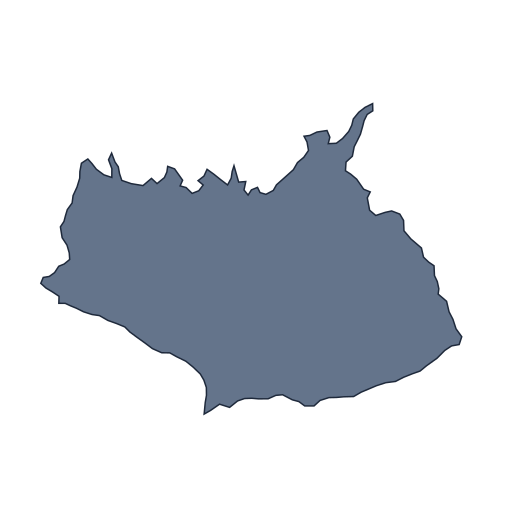 outline of Pardinho, São Paulo, Brazil, rotated 275°
{"feature_id": "56859067B89234648991539", "entity_name": "Pardinho", "entity_type": "district", "adm_level": 2, "iso_a3": "BRA", "parent_name": "Brazil", "parent_adm1": "São Paulo", "projection": "orthographic", "projection_center": [-48.387, -23.1], "detail": "fine", "context": "isolated", "style": "filled", "palette": "slate", "viewbox_px": 512, "rotation_deg": 275, "n_neighbors": 0, "source": "geoboundaries", "source_scale": "gbopen_adm2", "svg_char_len": 2319}
<svg xmlns="http://www.w3.org/2000/svg" viewBox="0 0 512 512"><g transform="rotate(275 256 256)"><path d="M333.2,74.0L324.8,73.2L318.1,73.6L309.1,71.7L300.2,68.5L292.8,68.2L285.8,64.0L279.6,62.7L273.7,61.7L268.0,58.6L257.3,61.3L250.3,66.8L242.8,69.7L236.3,70.7L231.3,65.6L228.6,60.4L221.9,56.8L217.6,51.8L216.1,45.9L210.0,44.0L205.8,49.5L202.5,56.3L198.7,63.3L191.7,63.7L192.2,70.1L190.2,75.6L188.4,81.4L185.4,89.0L183.4,97.8L183.0,105.2L178.9,114.1L176.6,122.9L173.9,131.5L169.2,137.1L164.5,144.8L159.4,153.4L154.7,160.9L151.4,170.5L152.0,178.5L148.8,185.6L145.1,195.2L140.1,202.7L133.6,210.8L127.8,214.9L120.7,218.0L112.9,218.8L105.6,218.2L94.0,218.1L98.2,224.2L105.2,232.6L102.9,242.9L110.0,250.3L113.0,257.0L113.9,264.1L113.9,270.6L114.8,280.5L118.9,287.9L120.1,294.6L115.9,304.7L114.7,311.4L110.9,317.6L111.7,326.9L117.7,332.4L121.3,341.0L122.1,348.4L123.4,355.8L124.5,365.5L129.5,372.6L133.2,379.6L137.3,387.3L141.1,396.3L143.2,405.9L148.0,413.5L152.3,422.0L155.7,429.5L161.6,435.5L169.9,445.2L178.4,452.3L183.5,458.7L185.5,466.1L193.5,468.0L200.9,461.6L210.1,457.7L217.2,453.2L227.5,449.8L233.9,440.8L239.3,441.0L246.4,438.8L252.0,435.5L261.8,434.2L265.0,428.5L269.4,423.0L278.4,420.1L286.4,408.9L294.0,401.2L304.3,399.9L310.3,395.6L312.7,387.2L310.7,380.8L306.8,371.8L311.5,365.2L323.6,361.8L329.8,364.2L331.9,357.4L341.3,349.6L345.8,343.2L348.7,337.7L357.4,337.5L363.8,343.3L373.4,344.3L379.6,346.8L386.4,349.4L394.2,350.9L400.2,351.9L406.7,354.4L410.8,359.7L418.0,358.9L413.6,351.7L408.2,345.9L401.0,341.0L394.6,340.0L388.1,337.5L380.6,332.0L375.3,326.2L374.2,318.2L380.8,319.2L387.2,315.8L384.8,305.9L380.8,299.1L379.5,293.4L374.0,296.9L365.7,299.1L358.5,295.0L352.7,289.2L345.2,285.7L339.3,280.2L328.7,270.2L322.8,267.5L318.3,260.5L319.5,254.5L324.5,251.5L321.5,245.7L316.0,242.8L320.7,238.3L329.3,239.3L328.1,232.3L344.0,226.2L338.1,224.9L331.3,224.5L324.3,221.5L329.0,214.1L333.8,206.9L338.1,199.7L331.1,197.2L326.0,191.7L322.1,197.2L316.0,193.3L312.8,186.9L318.1,180.4L319.2,174.3L325.1,176.3L335.7,167.3L337.6,160.2L331.9,159.9L326.1,157.9L319.5,151.1L324.2,145.1L316.3,137.3L317.2,125.4L319.6,115.7L326.1,112.9L332.9,111.0L337.4,107.3L345.9,103.2L339.0,100.7L330.4,104.8L321.7,105.5L323.6,97.4L328.5,89.4L333.7,84.6L338.0,80.0L333.2,74.0Z" fill="#64748b" stroke="#1e293b" stroke-width="1.5"/></g></svg>